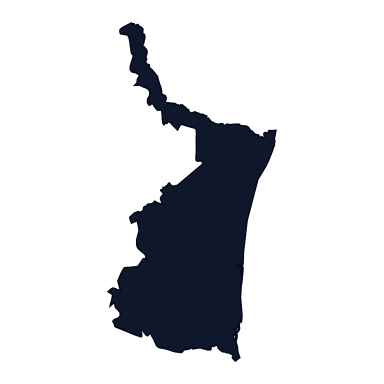 Tamaulipas, Mercator projection
{"feature_id": "MEX-2716", "entity_name": "Tamaulipas", "entity_type": "State", "adm_level": 1, "iso_a3": "MEX", "parent_name": "Mexico", "parent_adm1": "", "projection": "mercator", "projection_center": [-98.976, 24.945], "detail": "fine", "context": "isolated", "style": "filled", "palette": "ink", "viewbox_px": 384, "rotation_deg": 0, "n_neighbors": 0, "source": "natural_earth", "source_scale": "10m", "svg_char_len": 6034}
<svg xmlns="http://www.w3.org/2000/svg" viewBox="0 0 384 384"><path d="M131.4,23.0L132.0,23.7L134.0,23.7L135.1,25.4L135.8,25.4L136.9,24.7L137.6,24.5L138.2,24.8L138.9,26.0L139.2,26.3L141.3,27.2L142.4,28.2L142.9,29.1L142.7,33.8L143.0,34.1L143.9,34.2L144.4,34.4L144.8,35.8L144.8,38.5L144.1,40.7L143.9,41.9L143.4,44.0L142.4,45.1L142.1,45.8L144.0,46.6L144.4,47.5L145.2,48.0L146.0,48.9L146.6,50.0L147.0,51.1L147.1,52.3L146.9,53.5L146.0,56.3L145.9,57.5L146.5,58.6L146.7,59.2L146.5,59.8L145.4,61.8L146.6,63.6L147.5,64.3L148.9,64.6L149.3,65.1L149.4,65.8L149.4,67.1L149.7,67.8L152.4,70.2L157.4,76.3L158.9,82.1L161.2,88.7L161.7,92.9L162.1,94.3L163.4,94.9L164.9,95.3L165.6,96.1L166.2,97.9L166.3,98.7L165.2,101.0L165.4,101.7L166.5,102.7L167.6,102.9L169.8,102.8L170.4,103.5L170.8,103.6L172.1,103.2L173.4,103.2L173.9,103.5L174.4,104.5L175.3,103.6L177.4,105.2L178.6,104.9L179.2,105.3L179.7,105.4L180.2,105.3L180.6,104.9L181.2,105.3L182.0,104.9L182.5,104.9L183.7,106.2L185.6,107.4L186.2,108.2L186.0,109.2L187.5,109.2L188.1,109.5L188.7,110.0L188.0,110.9L188.1,111.2L189.0,111.4L190.2,112.5L190.8,112.9L191.5,113.1L194.9,111.8L196.5,112.7L198.2,113.1L199.8,113.8L201.0,115.2L201.9,114.1L203.4,114.6L205.2,115.6L206.8,116.1L206.3,117.3L206.3,118.0L207.0,118.2L208.5,118.2L210.7,121.2L215.0,123.5L217.1,124.1L219.1,124.2L221.7,123.5L222.9,123.8L223.3,125.3L223.9,125.6L225.1,125.2L226.8,124.2L227.6,124.2L230.8,124.7L234.4,124.2L238.7,124.2L239.8,124.5L239.9,125.5L240.6,125.7L245.5,126.0L246.6,126.3L247.7,126.8L248.7,127.6L250.3,130.3L252.0,131.0L254.5,133.7L256.4,134.7L258.5,134.9L258.9,135.4L259.2,136.4L259.8,137.3L261.0,137.5L261.3,137.3L261.4,136.6L261.8,136.6L262.2,136.9L262.6,137.8L263.2,138.0L264.3,137.4L264.3,136.2L263.8,133.7L264.0,133.3L265.3,132.4L266.2,133.1L267.6,132.7L268.6,131.7L268.8,130.7L269.5,130.5L272.2,130.7L275.9,130.3L274.3,138.9L274.9,141.4L274.5,142.6L274.4,145.5L273.3,147.8L272.6,150.3L269.0,159.4L265.8,166.2L257.9,179.3L247.1,220.4L243.5,251.7L243.0,264.1L242.5,265.2L241.5,265.6L237.5,265.2L237.5,265.6L240.3,265.7L241.1,266.4L241.4,268.0L241.0,273.6L241.4,273.6L241.8,271.9L242.0,267.9L242.5,266.0L243.1,268.2L242.0,280.7L241.1,286.5L240.5,297.6L242.0,315.2L241.4,322.7L241.4,318.2L240.8,318.8L239.1,325.2L238.6,326.1L236.8,328.0L236.6,328.5L236.6,329.3L236.3,329.7L236.0,329.8L234.5,329.4L235.5,330.6L235.7,331.9L233.7,336.3L233.5,337.2L233.7,338.1L234.2,338.6L234.8,338.6L235.5,338.3L236.0,337.7L235.8,335.2L236.0,334.3L236.5,333.6L236.8,333.6L237.1,335.2L237.1,336.9L236.0,341.8L237.6,348.0L237.5,349.8L238.3,353.6L239.8,357.7L237.8,359.1L236.8,359.7L236.4,360.3L235.9,360.9L235.2,361.0L233.6,359.1L232.4,358.1L232.4,357.2L233.4,355.6L232.7,354.9L229.6,353.1L227.3,352.8L224.5,351.9L222.3,351.7L219.5,349.4L218.4,348.3L217.5,345.6L216.4,345.1L215.7,345.3L214.6,346.0L213.5,346.4L213.2,346.5L212.1,345.9L211.3,346.0L211.0,347.1L211.0,348.6L210.8,349.6L210.1,350.0L209.4,350.0L208.0,349.5L207.1,350.0L206.3,348.4L205.7,348.5L204.9,349.3L204.4,349.1L202.9,348.0L202.1,348.6L201.3,347.9L198.7,347.9L192.9,348.9L191.7,348.3L190.7,347.4L189.7,348.8L188.0,349.3L184.5,349.7L183.7,350.2L181.9,352.3L180.8,352.5L174.8,351.7L173.0,351.2L168.8,349.7L165.6,348.8L159.7,347.7L158.5,347.3L157.4,346.4L156.4,345.3L153.6,339.1L151.7,335.8L150.0,332.8L148.7,334.7L147.9,335.5L147.1,335.7L146.1,335.1L143.3,331.4L142.8,331.0L141.6,330.1L141.1,329.9L140.6,330.0L141.6,333.8L141.7,334.7L141.7,336.3L141.2,336.8L140.2,336.6L134.5,334.6L115.2,326.7L114.9,326.2L114.5,324.4L112.9,321.5L113.1,320.8L113.8,320.0L115.1,319.2L117.7,318.3L118.9,317.4L119.9,316.1L120.4,314.4L120.0,312.4L118.7,310.7L115.8,307.8L115.2,306.7L114.8,303.4L113.9,303.1L112.5,304.0L110.1,306.1L110.5,304.2L111.6,300.6L112.6,295.3L112.1,294.3L110.8,293.3L108.1,291.7L111.1,288.9L112.8,288.1L114.6,288.4L117.4,289.7L120.4,290.5L117.9,281.2L118.2,279.9L118.9,278.6L120.8,273.9L123.4,269.0L124.1,268.1L125.2,267.6L126.5,267.5L129.7,267.5L132.9,267.0L136.1,266.8L137.7,266.5L138.6,265.5L143.1,258.9L143.7,258.7L145.4,259.0L146.0,258.9L146.1,258.3L145.3,254.8L144.6,253.9L141.6,251.6L138.0,248.2L137.1,246.6L136.7,243.7L136.7,240.7L137.0,238.6L139.0,231.0L139.1,229.9L137.3,220.6L131.5,223.1L130.3,220.0L129.9,218.3L129.9,217.1L133.9,213.5L134.8,212.8L138.4,211.6L138.8,211.6L139.7,212.4L140.1,212.5L140.6,212.4L141.8,211.3L142.9,210.9L143.3,210.6L143.4,209.9L143.5,208.0L143.8,207.3L144.5,206.6L146.0,206.2L146.5,205.9L147.1,204.9L148.0,204.1L151.2,203.9L152.5,203.5L153.0,203.1L154.3,201.5L154.8,201.2L157.7,202.9L162.1,204.3L161.7,202.1L160.6,199.4L160.5,198.0L161.2,196.7L163.1,194.5L163.3,193.8L163.1,193.1L160.9,190.7L160.8,190.0L161.5,189.6L162.5,189.5L163.3,189.7L162.9,187.7L163.2,187.2L165.4,187.4L166.3,185.8L167.2,185.6L168.7,183.2L169.4,183.0L171.2,185.5L172.4,186.1L173.8,186.1L176.6,185.6L177.7,185.1L199.9,166.4L201.8,165.0L202.5,164.1L202.4,161.9L202.3,161.3L201.8,161.1L201.0,161.0L197.2,161.1L196.4,160.8L196.0,159.2L196.0,156.5L196.4,151.8L196.3,139.0L196.5,133.3L196.3,130.0L195.6,128.4L186.3,125.8L183.6,124.9L182.0,124.4L180.9,124.5L180.0,125.4L177.6,130.0L174.7,127.2L170.2,122.4L169.3,121.9L168.1,122.1L167.6,122.3L166.9,123.4L166.4,123.4L165.6,123.1L165.2,123.2L163.9,124.7L162.8,123.0L162.4,119.4L162.3,115.5L162.0,112.6L161.6,110.7L161.2,110.1L160.4,110.0L158.7,110.2L157.8,110.2L157.0,109.8L154.0,105.9L152.7,103.5L151.9,103.6L150.6,104.6L149.3,105.3L148.4,104.2L147.8,103.2L147.5,102.3L147.5,101.2L147.6,99.1L147.8,98.6L148.5,97.7L149.3,96.1L149.8,94.4L149.8,92.5L149.4,90.7L148.1,89.1L146.3,88.0L142.4,86.5L140.0,85.3L139.3,85.2L134.7,85.3L136.6,83.3L137.1,82.3L137.4,79.3L138.1,78.0L139.7,75.8L139.2,75.6L138.5,74.3L136.6,73.3L135.9,72.7L133.8,72.4L132.6,71.9L132.0,72.0L130.2,69.7L130.4,65.9L133.1,56.9L133.4,55.7L133.0,54.8L131.8,53.7L131.4,52.8L129.8,41.2L128.9,37.0L127.6,35.0L120.6,33.8L120.2,33.1L119.9,31.7L120.0,30.1L120.2,29.3L122.8,27.5L125.6,25.9L131.4,23.0ZM237.9,330.5L238.9,328.0L239.4,327.2L239.6,328.4L239.0,330.3L237.8,332.1L236.3,332.7L236.7,332.0L237.9,330.5Z" fill="#0f172a" stroke="#020617" stroke-width="1.5"/></svg>